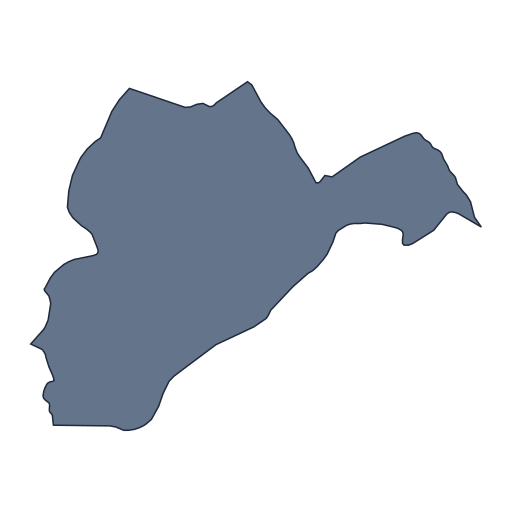 the border of Logar
{"feature_id": "AFG-1771", "entity_name": "Logar", "entity_type": "Province", "adm_level": 1, "iso_a3": "AFG", "parent_name": "Afghanistan", "parent_adm1": "", "projection": "albers", "projection_center": [69.257, 33.983], "detail": "fine", "context": "isolated", "style": "filled", "palette": "slate", "viewbox_px": 512, "rotation_deg": 0, "n_neighbors": 0, "source": "natural_earth", "source_scale": "10m", "svg_char_len": 2169}
<svg xmlns="http://www.w3.org/2000/svg" viewBox="0 0 512 512"><path d="M247.5,81.7L251.8,84.9L261.0,102.0L265.5,108.2L270.4,113.3L277.8,119.6L289.3,134.5L292.0,138.9L293.9,143.2L294.9,146.9L297.2,152.9L300.0,157.2L308.2,168.0L316.0,182.8L318.7,182.7L320.0,181.7L324.9,175.5L332.1,176.9L360.2,157.1L404.6,136.2L412.7,133.4L416.4,132.7L419.2,133.4L421.0,134.9L423.6,138.4L424.7,139.5L425.4,140.1L428.6,141.9L429.7,142.8L430.5,143.8L431.7,146.0L432.6,147.3L433.6,148.1L437.9,150.0L439.7,151.2L441.0,152.6L442.0,154.4L443.6,159.1L447.6,165.8L449.0,169.5L449.9,171.1L450.9,172.3L453.7,175.2L454.8,176.5L455.5,177.8L457.4,184.3L463.2,191.7L466.4,195.0L470.5,201.7L474.5,217.3L481.3,227.0L458.3,213.6L455.6,212.6L453.3,212.1L451.1,211.9L449.1,212.5L446.8,214.0L433.7,230.3L412.6,243.6L408.5,245.2L403.9,245.1L402.6,243.4L402.4,240.3L402.9,237.0L403.2,234.2L402.6,231.9L401.2,230.3L398.3,228.6L394.8,227.4L381.9,224.3L365.0,223.0L360.3,223.5L353.9,223.5L350.2,224.1L346.6,225.3L338.3,230.5L335.9,233.1L332.8,242.3L327.2,254.1L323.3,259.5L316.9,266.9L312.6,270.7L308.1,273.3L293.2,286.4L291.2,288.5L270.8,310.1L268.1,315.7L266.1,318.5L254.0,326.8L215.9,344.7L178.9,372.4L173.7,376.4L169.0,381.4L163.0,393.7L158.7,406.2L151.4,419.4L146.3,423.8L143.8,425.5L139.4,427.7L134.3,429.4L128.3,430.3L123.7,430.3L115.9,427.0L110.0,425.9L53.4,425.2L52.3,415.0L49.6,411.7L49.3,410.0L49.6,404.8L49.1,403.1L47.2,401.5L45.3,400.1L43.7,398.3L43.0,395.8L43.8,391.0L45.2,387.3L46.8,384.2L48.3,382.7L49.9,381.9L52.9,381.3L53.9,380.7L53.7,378.4L52.4,374.7L48.9,366.8L46.0,357.5L45.4,354.5L43.6,351.3L42.2,349.5L30.7,344.0L43.6,329.5L45.2,326.9L48.1,320.1L50.7,303.7L50.1,300.3L48.9,296.0L44.9,291.1L44.3,289.8L44.2,289.1L45.1,287.9L50.2,278.2L54.5,272.3L63.9,264.4L69.0,261.6L74.4,259.4L92.7,255.7L96.1,254.6L97.6,253.2L98.1,251.4L98.1,250.6L97.4,248.0L92.0,234.2L90.3,232.3L86.4,228.9L81.6,225.8L72.9,217.8L69.3,212.4L67.4,207.2L68.8,190.8L72.5,175.3L80.6,157.8L87.3,148.9L95.4,141.4L100.6,137.9L111.9,111.3L119.4,99.7L129.4,88.4L185.2,107.4L190.7,106.9L196.8,104.3L202.9,103.4L209.5,106.6L212.0,106.4L214.3,105.0L216.3,102.8L247.5,81.7Z" fill="#64748b" stroke="#1e293b" stroke-width="1.5"/></svg>